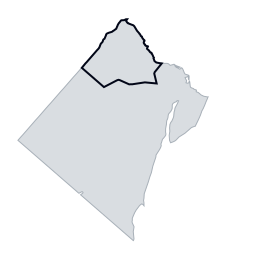 location of Matruh within Egypt, rotated 41°
{"feature_id": "EGY-1540", "entity_name": "Matruh", "entity_type": "Governorate", "adm_level": 1, "iso_a3": "EGY", "parent_name": "Egypt", "parent_adm1": "", "projection": "equal_earth", "projection_center": [26.768, 29.661], "detail": "fine", "context": "in_parent", "style": "outline", "palette": "ink", "viewbox_px": 256, "rotation_deg": 41, "n_neighbors": 0, "source": "natural_earth", "source_scale": "10m", "svg_char_len": 4708}
<svg xmlns="http://www.w3.org/2000/svg" viewBox="0 0 256 256"><g transform="rotate(41 128 128)"><path d="M205.9,209.5L201.7,209.5L197.5,209.5L193.2,209.5L189.0,209.5L184.8,209.5L180.6,209.5L176.4,209.5L172.1,209.5L167.9,209.5L163.7,209.5L159.5,209.5L155.3,209.5L151.1,209.5L146.8,209.5L142.6,209.5L138.4,209.5L136.0,209.5L136.4,208.0L136.6,206.9L136.3,206.1L135.5,206.0L135.0,206.2L133.8,209.4L133.1,209.5L131.6,209.5L126.7,209.5L121.8,209.5L116.9,209.5L112.0,209.5L107.0,209.5L102.1,209.5L97.2,209.5L92.3,209.5L87.4,209.5L82.5,209.5L77.6,209.5L72.7,209.5L67.8,209.5L62.8,209.5L57.9,209.5L53.0,209.5L53.0,205.6L53.1,201.8L53.1,197.9L53.1,194.1L53.1,190.2L53.1,186.3L53.1,182.5L53.2,178.6L53.2,174.8L53.2,171.0L53.2,167.1L53.2,163.3L53.3,159.5L53.3,155.6L53.3,151.8L53.3,148.0L53.3,144.2L53.4,140.4L53.4,136.6L53.4,132.8L53.4,129.0L53.4,125.2L53.5,121.4L53.5,117.6L53.5,113.8L53.5,110.1L53.5,106.3L53.6,102.5L53.6,98.8L53.6,95.0L53.6,91.2L53.6,87.5L53.5,86.8L52.9,84.2L52.3,81.0L51.6,77.0L51.5,75.8L50.4,71.7L50.3,70.5L50.6,69.7L52.5,66.3L53.1,64.6L53.6,62.6L53.7,61.0L53.2,58.5L52.6,56.3L52.4,54.0L52.3,51.8L53.3,50.2L54.4,48.8L54.8,47.9L55.5,47.0L56.0,46.5L56.9,48.5L58.9,48.8L65.2,47.0L72.2,48.8L76.0,49.5L81.9,51.1L85.6,53.8L86.6,54.1L89.2,54.1L90.9,55.7L97.7,56.5L101.3,58.2L103.4,59.7L104.6,60.1L105.7,60.0L107.2,59.5L109.0,58.5L111.0,57.1L115.2,53.5L116.7,52.9L117.6,53.1L118.8,53.0L119.3,52.1L119.9,51.4L120.3,50.6L120.9,49.7L123.1,49.5L127.4,47.9L126.9,48.7L123.0,50.4L124.7,50.6L126.4,50.0L128.4,49.7L128.7,48.9L129.0,47.5L129.4,47.3L130.7,47.6L134.9,49.7L135.9,49.8L138.7,48.6L139.4,48.4L140.3,49.0L142.5,51.7L141.7,51.6L139.4,49.3L139.2,50.5L138.0,52.5L139.6,53.3L140.9,53.6L141.7,54.8L142.1,55.8L143.4,55.3L144.3,54.0L143.8,53.2L143.5,52.4L143.9,52.4L144.8,53.1L147.5,55.6L148.4,56.2L149.4,56.1L151.5,55.3L152.0,55.5L154.8,54.5L155.2,55.2L155.7,55.9L157.9,55.1L161.5,55.1L164.4,54.3L167.8,52.3L168.0,52.0L168.2,52.5L168.7,53.9L169.8,57.4L170.8,60.1L172.0,64.0L172.3,65.4L172.5,66.5L174.2,70.7L175.3,74.2L176.1,77.0L177.2,81.1L177.6,82.6L177.0,83.3L175.6,86.0L174.4,94.6L172.4,101.3L172.2,105.5L171.9,107.0L171.0,109.1L169.8,111.2L167.5,110.1L163.9,106.5L161.7,103.0L159.4,100.7L157.3,97.8L156.6,95.6L156.6,94.2L155.6,90.9L154.9,89.3L152.3,85.7L151.5,83.8L150.9,83.0L150.3,81.8L149.3,77.2L148.3,74.3L147.1,75.1L147.3,76.3L146.4,78.0L145.8,80.0L146.3,81.6L148.4,84.1L148.9,85.1L149.4,87.5L149.4,90.7L149.8,91.7L151.4,94.1L152.0,95.5L152.3,96.7L152.9,97.8L154.5,99.9L156.8,103.8L159.0,106.4L160.6,107.7L161.3,109.0L161.5,112.3L161.4,113.9L162.8,116.9L163.3,118.4L164.7,119.6L165.3,121.0L165.9,123.3L166.9,130.0L168.1,131.7L171.8,140.6L174.9,146.3L176.5,150.5L178.8,155.6L183.4,167.0L186.1,170.5L187.2,172.4L189.1,174.0L191.1,176.2L189.2,175.9L188.7,176.1L188.0,176.5L187.8,177.8L187.6,178.9L188.0,184.6L188.6,187.6L190.4,193.2L191.8,194.8L192.4,195.9L193.3,196.7L197.4,198.6L199.9,202.7L205.3,207.8L205.9,209.2L205.9,209.5Z" fill="#d9dde1" stroke="#a8b0b8" stroke-width="1"/><path d="M53.6,105.7L53.6,99.0L53.6,92.4L53.6,89.6L53.7,87.5L53.6,86.5L53.4,85.6L52.3,82.7L52.2,82.1L52.2,81.5L52.3,80.3L52.3,79.9L52.1,79.2L51.5,77.9L51.4,77.2L51.6,76.4L51.7,76.0L51.6,75.7L50.6,72.6L50.2,71.8L50.1,71.5L50.1,70.8L50.3,70.2L50.8,69.2L51.1,68.6L51.2,68.4L51.5,67.9L51.9,67.4L52.6,66.2L52.9,65.6L53.0,65.0L53.0,64.7L53.4,63.6L53.6,62.6L53.7,62.0L53.9,61.4L54.0,60.8L53.8,60.2L53.3,58.8L53.1,58.0L52.7,57.0L52.6,56.6L52.3,54.9L52.3,53.5L52.2,52.1L52.2,51.5L52.4,51.0L54.4,49.1L54.9,47.7L55.2,47.2L56.0,46.5L56.1,47.7L56.3,48.2L56.5,48.5L56.8,48.6L57.4,48.7L57.9,48.9L58.1,48.9L58.7,48.8L58.8,48.9L58.9,49.0L59.1,49.0L59.3,48.8L59.6,48.7L60.0,48.7L62.0,48.0L64.3,47.1L64.9,47.0L66.1,47.1L71.0,48.7L74.6,49.2L74.8,49.4L75.0,49.4L75.6,49.4L75.8,49.4L76.7,49.9L77.2,50.1L77.8,50.1L78.2,49.9L78.4,49.9L78.7,50.0L78.8,50.2L79.0,50.3L79.5,50.5L80.3,50.8L81.2,50.9L81.5,51.0L81.8,51.1L82.1,51.0L82.8,51.0L83.0,51.1L83.1,51.3L83.2,51.7L83.3,51.7L83.3,51.8L83.4,52.1L83.5,52.4L83.6,52.9L83.8,53.1L84.0,53.4L84.4,53.6L84.8,53.8L85.6,53.9L85.9,54.0L86.2,54.1L86.4,53.9L87.1,54.3L87.8,54.2L89.2,53.4L89.4,53.3L89.6,53.4L89.6,53.7L89.7,54.0L89.9,54.7L90.0,55.3L90.4,55.7L91.0,55.8L93.2,55.7L93.3,55.8L93.5,55.9L93.6,56.0L93.8,56.1L94.2,56.1L94.5,56.1L95.0,56.3L95.5,56.2L96.0,55.9L96.3,55.9L96.5,55.9L96.8,56.0L97.0,56.2L97.1,56.4L97.7,56.4L97.8,56.5L98.0,56.5L100.4,57.6L100.8,57.8L101.1,58.0L101.4,58.0L101.5,58.5L101.7,58.8L101.9,58.8L104.1,60.1L106.1,60.0L106.4,60.0L108.1,59.0L109.9,58.0L110.6,57.4L111.1,57.1L111.5,68.3L112.1,69.7L120.4,75.6L110.8,82.5L102.7,92.0L100.2,94.3L90.3,97.3L89.3,97.8L88.8,98.5L88.4,99.2L83.0,112.9L53.7,112.9L53.5,107.0L53.6,105.7Z" fill="none" stroke="#020617" stroke-width="2"/></g></svg>